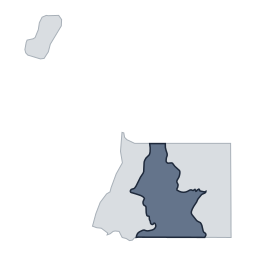 where Centro Sur sits in Equatorial Guinea
{"feature_id": "GNQ-1468", "entity_name": "Centro Sur", "entity_type": "Province", "adm_level": 1, "iso_a3": "GNQ", "parent_name": "Equatorial Guinea", "parent_adm1": "", "projection": "robinson", "projection_center": [10.435, 1.583], "detail": "fine", "context": "in_parent", "style": "filled", "palette": "slate", "viewbox_px": 256, "rotation_deg": 0, "n_neighbors": 0, "source": "natural_earth", "source_scale": "10m", "svg_char_len": 3092}
<svg xmlns="http://www.w3.org/2000/svg" viewBox="0 0 256 256"><path d="M230.6,143.4L230.7,162.1L230.8,177.8L230.9,194.9L231.0,212.7L231.0,227.7L231.1,237.5L216.5,237.4L197.2,237.3L177.9,237.3L158.6,237.2L148.9,237.1L138.2,237.1L134.7,237.6L132.4,240.1L129.5,240.6L126.2,238.5L122.2,237.5L121.1,235.4L119.1,231.4L115.1,231.0L113.1,231.4L110.3,233.7L107.1,234.9L107.7,233.0L101.3,228.2L96.7,227.7L92.5,226.2L95.9,213.6L100.2,202.4L106.6,193.9L110.0,191.9L111.1,187.7L116.2,173.9L122.4,162.8L120.5,151.4L122.0,132.4L123.8,132.9L124.1,134.7L124.6,137.4L126.9,139.7L134.7,143.4L158.0,143.4L171.9,143.4L192.4,143.4L214.1,143.4L230.6,143.4ZM46.3,15.4L48.1,15.7L58.7,15.4L61.6,19.6L61.3,25.9L50.3,44.2L48.3,51.9L44.1,58.4L40.4,58.9L27.8,55.1L25.7,52.8L24.9,49.6L26.2,42.4L27.1,40.1L33.1,38.8L35.1,37.6L38.3,29.7L39.4,22.6L42.1,17.2L46.3,15.4Z" fill="#d9dde1" stroke="#a8b0b8" stroke-width="1"/><path d="M149.7,143.6L165.3,143.6L165.4,147.6L166.0,150.2L167.1,153.6L167.2,154.8L167.1,155.8L166.5,157.4L166.3,158.6L166.1,160.4L166.2,161.5L166.5,162.2L166.7,162.3L167.5,163.1L168.2,163.2L171.3,162.9L172.5,163.2L172.9,163.8L174.8,166.3L179.5,170.6L179.9,171.9L179.8,173.8L179.4,175.7L178.9,177.2L177.1,180.3L176.8,181.4L177.0,182.5L177.8,184.0L178.1,184.9L177.7,187.2L176.9,188.8L177.0,190.1L179.4,191.4L181.6,192.1L183.5,192.3L185.4,192.1L187.4,191.4L189.8,190.1L190.6,189.9L191.3,189.9L192.5,190.4L193.2,190.5L193.9,190.1L194.5,189.5L195.0,189.4L195.9,191.3L196.5,191.1L197.3,189.9L197.9,189.7L198.4,189.3L198.9,189.1L199.3,189.4L199.5,189.7L199.6,190.6L199.8,190.8L201.0,191.2L204.6,191.9L204.9,191.8L205.2,191.7L205.9,191.3L205.9,191.8L205.4,192.6L204.7,193.1L202.2,194.2L201.4,194.8L198.2,198.7L197.6,199.7L196.6,202.0L193.7,206.4L192.3,209.0L191.4,211.5L191.3,212.4L191.4,213.5L192.0,214.7L196.6,220.5L197.5,221.2L200.4,222.7L201.2,223.9L201.9,225.5L203.1,230.8L203.8,232.2L204.3,232.6L204.9,232.9L205.4,233.4L205.8,234.0L205.9,234.8L205.8,235.5L204.8,237.2L204.7,237.4L188.6,237.3L167.3,237.3L165.7,237.2L146.0,237.2L138.2,237.1L136.2,237.4L136.6,235.6L137.3,234.0L137.7,233.4L138.1,232.9L138.5,232.5L140.1,231.5L141.8,230.7L142.2,230.5L143.0,230.2L143.7,230.1L144.3,230.1L145.8,230.6L146.7,230.8L147.8,230.9L149.1,230.7L151.8,230.1L152.9,229.7L154.0,229.1L154.9,228.2L155.5,227.2L155.8,226.2L155.7,225.2L155.4,224.2L155.1,223.5L154.4,223.1L154.0,223.1L153.6,223.6L153.1,224.2L152.5,224.5L151.7,224.4L151.0,223.9L150.6,223.3L150.2,221.3L150.0,220.6L149.6,220.1L149.4,219.4L149.3,218.3L149.3,217.4L149.2,216.6L148.8,216.2L148.0,216.1L147.3,215.9L146.8,215.3L146.4,213.7L146.2,212.5L146.0,207.2L145.7,206.3L144.3,205.4L143.6,204.8L143.1,203.5L143.0,202.4L143.1,201.5L143.9,199.7L144.4,198.6L144.3,198.3L144.1,197.9L142.8,196.6L140.7,195.5L136.2,194.0L131.2,192.5L130.7,192.2L130.4,191.7L130.3,191.0L130.7,190.1L131.3,189.4L132.5,189.0L133.9,188.6L134.8,187.9L136.2,185.8L140.5,177.1L143.1,173.2L143.7,171.6L144.1,162.9L144.3,161.5L144.8,160.2L145.6,158.7L146.2,157.8L149.0,155.1L149.5,154.3L149.8,153.3L150.1,151.9L150.2,148.0L149.7,143.6Z" fill="#64748b" stroke="#1e293b" stroke-width="1.5"/></svg>